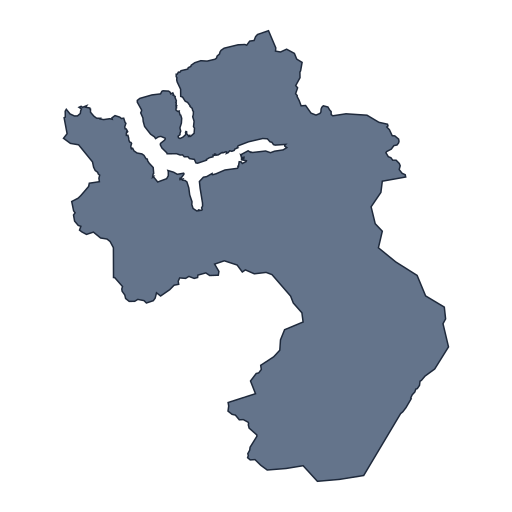 Rauma nor, Møre og Romsdal, Norway
{"feature_id": "86288312B59453092590792", "entity_name": "Rauma nor", "entity_type": "district", "adm_level": 2, "iso_a3": "NOR", "parent_name": "Norway", "parent_adm1": "Møre og Romsdal", "projection": "orthographic", "projection_center": [7.589, 62.442], "detail": "fine", "context": "isolated", "style": "filled", "palette": "slate", "viewbox_px": 512, "rotation_deg": 0, "n_neighbors": 0, "source": "geoboundaries", "source_scale": "gbopen_adm2", "svg_char_len": 6022}
<svg xmlns="http://www.w3.org/2000/svg" viewBox="0 0 512 512"><path d="M267.2,470.0L286.0,468.5L303.1,465.7L317.4,481.3L339.4,479.4L363.7,475.5L400.6,413.6L402.8,411.8L406.0,407.6L411.2,398.7L410.7,398.1L412.2,394.8L414.8,392.0L415.8,389.1L417.3,388.6L419.5,385.4L420.0,381.2L421.4,380.4L425.0,376.1L434.7,369.0L448.5,346.9L443.0,323.7L445.6,318.9L444.3,307.1L425.6,295.9L417.1,275.4L395.7,261.9L378.4,247.8L382.3,231.2L375.2,223.7L371.1,206.8L380.9,192.4L382.3,181.2L405.7,177.0L405.2,174.7L402.1,173.3L399.5,170.0L399.2,169.4L400.2,165.8L399.3,163.5L396.1,160.2L392.7,160.2L390.9,157.7L388.3,156.7L385.9,152.7L386.6,151.6L391.3,149.1L393.9,145.6L397.0,145.0L398.6,142.9L399.0,141.3L398.6,139.1L394.8,135.9L392.2,135.7L389.4,129.7L386.8,127.0L388.0,125.9L387.5,124.2L378.9,122.3L367.0,115.2L346.0,113.8L332.8,115.8L331.2,114.6L331.1,111.5L329.8,110.2L327.9,107.0L323.3,105.8L321.8,107.3L321.1,109.1L320.9,112.0L320.0,113.4L316.0,115.1L311.0,113.1L305.6,105.5L301.1,105.8L299.2,100.6L297.1,96.5L297.2,95.5L295.6,93.7L297.6,87.8L295.7,85.6L300.0,77.7L299.9,72.1L300.6,70.8L302.1,62.4L296.7,59.1L294.4,53.4L286.6,49.2L280.5,52.0L275.5,51.1L275.8,47.9L268.5,30.7L257.5,34.5L255.6,36.6L254.1,40.5L249.7,41.1L246.7,45.2L244.9,44.5L238.0,44.8L224.1,48.2L221.1,50.3L220.0,52.0L219.5,54.0L217.1,56.1L216.5,58.1L215.1,59.2L207.1,61.1L200.8,60.7L194.8,62.7L191.2,65.2L190.8,66.5L188.3,67.6L187.7,69.1L181.0,70.7L179.8,72.3L178.4,72.1L177.2,74.2L176.2,74.2L176.2,76.7L176.9,77.6L176.7,79.9L177.2,82.0L180.6,89.2L180.7,96.4L182.6,97.1L185.2,101.2L187.6,102.4L190.1,105.8L190.0,106.4L192.2,108.4L192.7,110.7L193.4,111.4L193.3,114.6L192.7,116.7L194.1,121.3L193.5,126.6L194.5,128.1L194.1,133.3L190.5,136.4L188.8,136.5L189.4,135.4L188.1,135.5L186.7,133.8L186.6,131.7L185.9,131.5L185.5,132.5L185.8,133.9L185.3,135.0L182.7,137.3L180.0,138.5L178.5,137.8L178.1,136.2L180.0,134.7L179.9,133.7L180.7,131.1L179.9,127.9L181.4,123.1L181.7,118.3L180.7,115.1L180.0,114.9L179.2,111.7L178.7,111.5L178.9,111.1L177.6,111.4L175.9,109.9L176.1,107.8L176.5,107.8L176.5,106.1L176.0,106.1L176.0,105.2L176.4,105.2L176.1,104.8L176.3,102.9L175.8,102.6L176.4,100.9L175.0,97.3L175.2,96.5L173.1,95.1L173.6,94.7L172.8,92.9L170.8,93.9L170.1,92.2L168.6,91.1L163.0,90.8L161.9,91.3L160.5,93.9L152.0,94.9L139.8,98.4L137.3,100.4L137.3,102.2L141.5,109.8L141.6,110.8L140.7,112.9L142.9,117.9L143.2,121.4L144.6,126.5L150.6,134.2L154.5,136.9L155.6,138.6L158.5,136.8L160.9,136.4L165.2,138.2L165.3,139.1L164.4,140.3L160.5,143.4L160.3,144.8L161.9,148.0L166.8,152.8L167.1,153.8L176.6,153.7L180.1,155.0L182.6,154.9L184.3,156.8L187.9,156.7L189.5,158.6L194.4,159.4L195.9,162.9L197.6,163.2L206.5,160.2L206.4,159.5L209.4,157.7L213.0,156.8L213.1,155.1L214.6,155.3L214.6,154.0L215.6,154.1L216.1,155.2L218.2,154.9L222.2,152.4L222.8,152.9L226.0,151.7L226.8,152.2L226.4,153.4L228.2,152.6L229.7,150.8L231.8,151.3L234.2,150.4L234.8,149.1L237.7,147.8L237.3,147.6L238.1,145.8L248.5,141.8L262.7,138.5L267.4,138.8L270.0,141.8L271.9,142.3L273.5,144.6L275.2,145.1L285.6,144.4L284.7,145.2L284.8,146.2L286.8,147.6L283.1,149.9L274.5,151.2L270.5,152.7L265.6,151.0L252.5,152.5L250.2,151.8L251.2,152.4L250.9,152.5L248.1,150.8L241.2,154.5L241.5,154.9L241.3,155.3L240.7,154.9L241.5,157.6L244.0,157.2L243.8,158.5L241.5,158.8L241.5,159.8L246.4,160.7L246.1,161.6L242.3,163.5L241.1,161.9L239.2,161.7L238.5,165.8L238.1,165.9L237.9,166.4L238.4,166.7L237.5,168.3L224.9,170.0L216.0,173.8L212.8,174.7L212.2,174.6L212.1,173.5L206.7,176.6L203.4,177.2L199.4,181.5L200.1,188.1L202.5,202.9L202.6,206.0L201.6,207.8L202.2,209.7L201.5,210.3L198.8,210.5L199.2,210.0L198.6,209.9L198.7,210.7L196.7,210.9L193.1,208.5L191.8,204.6L192.0,201.7L189.7,194.9L188.8,187.9L186.9,181.9L185.0,180.5L182.4,180.2L182.3,179.7L182.8,179.0L179.9,179.6L179.9,178.3L181.2,177.9L183.6,174.7L184.0,173.9L183.6,173.2L177.3,174.3L173.6,172.2L167.9,170.5L168.3,171.7L168.3,175.8L166.6,178.7L157.7,182.0L153.9,177.3L153.3,177.4L153.8,177.0L153.2,177.2L153.5,176.7L152.6,177.1L153.4,176.3L153.2,175.7L153.3,176.3L152.7,176.4L153.2,173.8L153.7,173.4L153.2,167.5L149.1,163.1L147.6,160.8L147.3,159.1L146.0,158.7L144.0,155.4L141.9,153.9L137.0,153.0L134.0,150.9L132.7,148.4L131.6,148.8L131.6,148.0L131.0,148.0L130.8,146.1L131.6,143.5L131.0,142.5L129.7,142.1L128.8,140.0L128.7,138.1L127.9,135.3L126.4,135.4L126.3,133.7L126.8,131.3L127.2,132.2L127.7,131.7L126.3,129.0L125.2,128.8L124.7,126.9L125.9,123.3L125.1,122.5L123.7,118.2L121.4,118.5L119.7,117.1L115.0,115.6L111.9,117.9L112.3,119.3L109.8,118.7L103.6,119.6L100.2,119.0L100.6,118.3L96.6,118.2L93.8,116.1L90.5,112.2L90.5,109.2L90.1,109.2L89.8,108.0L85.6,107.2L86.6,105.7L82.6,107.3L81.1,106.3L79.0,107.3L81.5,109.0L80.7,110.7L80.3,113.5L77.5,115.9L74.5,116.0L70.0,113.9L66.3,109.3L65.2,111.2L65.3,117.1L64.1,117.7L67.1,133.7L63.5,138.3L70.4,143.4L78.6,144.8L92.5,161.9L93.6,167.2L95.2,170.5L97.7,172.3L98.2,173.9L99.7,175.1L98.9,178.2L99.4,181.7L89.3,183.2L88.6,186.5L80.7,195.7L78.1,198.2L71.7,201.5L73.6,210.8L75.1,212.8L73.5,215.0L74.6,221.1L78.2,225.4L80.9,226.3L79.5,230.1L81.8,231.9L86.5,234.4L93.4,232.1L100.6,238.0L106.9,239.0L110.1,241.5L113.4,247.7L113.5,277.5L114.7,277.6L122.5,286.5L121.8,289.0L122.1,291.2L124.8,295.0L125.6,298.5L129.2,301.4L134.7,301.3L137.8,299.4L144.0,300.6L146.4,303.0L153.3,300.7L155.2,298.1L156.5,292.8L160.6,296.0L169.7,289.7L174.1,285.2L178.7,284.3L178.2,281.2L179.7,277.9L185.6,278.4L188.9,276.4L194.2,278.4L197.6,277.5L197.9,275.1L205.8,272.9L209.7,275.5L218.3,275.2L218.9,271.4L214.6,264.1L224.3,260.8L237.1,265.0L242.3,272.0L245.4,269.9L254.3,273.8L266.1,272.4L272.0,274.6L290.6,296.1L293.3,303.0L301.9,312.8L303.1,322.0L284.6,329.7L280.5,339.8L279.8,350.2L273.7,356.8L260.7,365.3L261.3,369.5L258.7,372.9L256.2,373.5L250.5,381.0L255.5,393.7L228.1,402.5L228.7,406.0L228.0,411.1L232.0,414.3L235.4,415.1L239.3,419.8L243.3,419.6L248.1,422.2L248.6,423.3L248.3,424.9L249.1,428.1L256.8,434.9L256.9,436.3L250.1,447.2L249.7,450.2L247.8,453.7L248.3,455.6L247.6,457.7L250.2,459.9L255.0,459.6L260.8,465.3L267.2,470.0Z" fill="#64748b" stroke="#1e293b" stroke-width="1.5"/></svg>